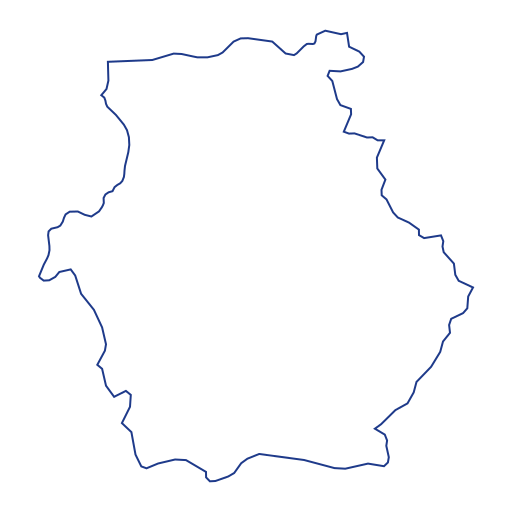 Dytiki Makedonia, Equal Earth projection
{"feature_id": "GRC-2892", "entity_name": "Dytiki Makedonia", "entity_type": "Region", "adm_level": 1, "iso_a3": "GRC", "parent_name": "Greece", "parent_adm1": "", "projection": "equal_earth", "projection_center": [21.4, 40.362], "detail": "fine", "context": "isolated", "style": "outline", "palette": "blue", "viewbox_px": 512, "rotation_deg": 0, "n_neighbors": 0, "source": "natural_earth", "source_scale": "10m", "svg_char_len": 2190}
<svg xmlns="http://www.w3.org/2000/svg" viewBox="0 0 512 512"><path d="M91.4,216.5L99.0,211.4L101.9,207.2L102.9,205.3L103.8,203.0L103.6,198.0L105.4,194.5L108.6,192.3L112.5,191.2L114.6,187.1L117.4,184.9L120.2,183.3L122.3,181.0L123.9,177.0L124.3,173.9L124.5,170.6L125.0,166.0L128.3,152.2L129.3,145.0L128.9,137.2L127.0,130.2L123.9,124.7L115.9,114.9L107.3,106.7L106.0,103.8L105.4,100.6L104.3,97.6L101.3,95.2L106.5,89.0L108.4,80.6L107.9,61.8L152.3,60.0L173.7,53.6L181.6,54.0L192.7,56.4L197.2,57.3L207.6,57.3L217.9,55.1L222.6,52.5L233.6,41.6L240.7,38.4L248.1,38.2L271.1,41.4L272.3,41.6L285.6,53.5L294.0,55.1L296.7,53.4L303.7,46.4L306.8,44.0L308.5,43.8L312.9,44.0L314.4,43.5L315.5,41.3L316.2,36.1L316.8,34.6L325.3,30.7L341.0,34.2L347.0,32.9L349.1,46.7L359.3,51.6L364.0,56.7L363.1,62.0L357.9,66.6L352.0,68.9L340.5,71.4L329.6,70.8L327.6,75.9L332.3,81.0L337.0,99.1L340.4,105.1L350.9,108.9L351.1,114.3L343.8,131.7L349.0,133.6L354.5,133.4L367.0,137.5L372.6,137.3L377.6,140.3L384.2,140.3L376.9,157.6L377.3,168.5L385.4,179.6L381.5,189.8L381.7,195.3L386.5,199.4L393.1,212.4L397.8,217.5L409.0,222.6L418.9,229.6L419.0,235.1L424.1,238.1L441.0,235.4L443.3,241.2L442.5,246.5L443.7,252.2L453.9,263.6L455.3,274.8L458.7,280.8L473.0,287.5L468.2,296.5L467.3,308.3L463.1,313.1L451.2,318.8L449.1,325.0L450.0,332.8L443.0,341.5L440.2,351.9L431.1,366.8L416.5,381.9L413.7,392.4L407.5,403.4L395.4,410.1L381.1,424.2L374.9,428.7L384.8,434.6L387.1,440.5L386.3,445.8L388.8,457.2L387.9,462.5L384.0,466.2L368.0,463.6L345.3,468.7L334.5,468.1L304.1,460.0L259.1,454.0L247.4,458.7L241.2,463.2L234.2,473.0L228.2,476.5L215.4,481.0L209.9,481.3L206.1,477.4L206.0,471.9L186.0,460.1L175.1,459.5L158.1,463.5L146.5,468.3L141.3,466.4L135.5,454.6L131.4,432.1L121.9,423.1L130.0,406.8L130.8,394.9L125.9,390.9L114.1,396.8L106.0,385.7L102.1,368.8L97.3,364.8L104.9,350.7L106.0,344.3L102.1,327.4L93.9,309.8L81.1,293.8L75.2,275.5L70.7,269.4L59.3,272.0L55.3,276.9L49.2,280.3L43.7,280.6L40.0,277.8L39.0,276.3L43.8,264.6L47.1,258.4L48.5,255.1L49.5,250.2L49.4,246.0L48.1,235.2L48.6,231.4L51.3,228.7L57.6,227.2L60.3,225.6L62.8,221.6L64.0,217.8L65.6,214.4L69.7,211.7L77.8,211.5L84.7,214.8L91.4,216.5Z" fill="none" stroke="#1e3a8a" stroke-width="2"/></svg>